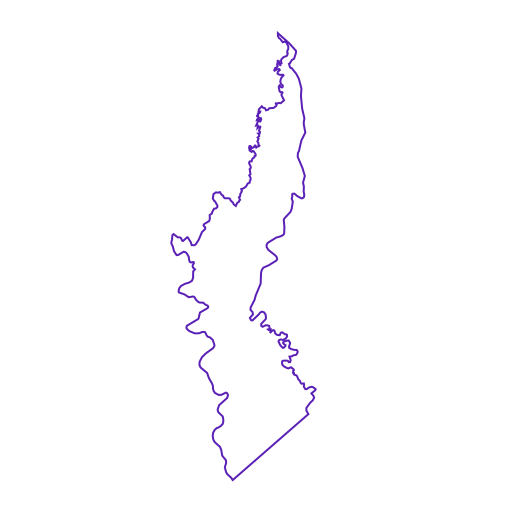 outline of Maraã, Amazonas, Brazil, rotated 229°
{"feature_id": "56859067B97723118399656", "entity_name": "Maraã", "entity_type": "district", "adm_level": 2, "iso_a3": "BRA", "parent_name": "Brazil", "parent_adm1": "Amazonas", "projection": "orthographic", "projection_center": [-64.765, -2.613], "detail": "fine", "context": "isolated", "style": "outline", "palette": "violet", "viewbox_px": 512, "rotation_deg": 229, "n_neighbors": 0, "source": "geoboundaries", "source_scale": "gbopen_adm2", "svg_char_len": 6158}
<svg xmlns="http://www.w3.org/2000/svg" viewBox="0 0 512 512"><g transform="rotate(229 256 256)"><path d="M284.4,345.4L291.7,348.7L303.6,352.6L306.3,355.3L307.1,357.4L313.4,366.0L316.8,374.2L323.8,378.3L325.7,379.9L328.2,382.9L336.9,387.5L347.3,394.9L352.5,400.1L361.6,404.6L367.0,405.9L374.4,406.2L375.3,405.5L376.4,405.6L379.4,406.9L379.2,408.1L380.4,411.6L379.9,414.2L383.0,419.3L384.7,420.8L395.0,420.6L409.8,418.7L407.6,416.9L405.7,416.3L404.1,416.7L399.8,416.4L399.1,418.2L397.4,419.0L393.2,418.0L391.1,416.2L390.2,414.0L388.8,412.9L388.2,413.0L387.0,411.2L386.9,410.2L388.0,407.4L387.8,404.3L386.9,402.9L384.8,401.7L385.4,400.9L384.1,399.7L384.7,399.3L386.9,399.7L387.8,401.1L389.0,400.4L387.5,398.9L386.6,397.4L385.0,396.9L384.7,395.9L385.3,394.0L384.2,391.6L383.6,391.6L383.3,394.1L381.9,396.1L380.8,396.0L380.6,393.2L379.5,391.9L378.7,392.0L376.8,393.1L375.1,395.3L374.6,395.4L374.2,395.2L374.0,392.5L373.3,390.8L371.7,388.8L369.5,387.7L367.1,388.1L366.1,387.1L366.1,386.3L366.9,385.7L369.3,385.6L369.0,384.5L368.3,383.8L364.9,381.9L363.5,382.0L362.4,383.3L361.9,383.2L361.2,381.3L360.5,380.7L355.1,379.3L355.1,374.9L356.5,373.7L357.2,372.1L358.2,371.1L357.9,370.8L356.6,370.7L356.0,369.8L356.2,366.5L358.8,362.9L358.5,361.1L359.3,359.2L361.8,359.7L363.3,358.6L365.2,358.6L364.8,354.4L363.2,352.5L362.2,354.0L361.9,353.7L361.6,352.0L362.0,350.6L360.7,349.8L361.1,348.8L360.6,348.5L359.1,349.0L358.6,348.8L358.2,347.9L358.4,346.4L358.0,345.8L356.9,348.1L357.3,349.6L356.8,350.1L355.7,349.6L354.7,347.5L356.2,346.3L356.3,345.8L354.4,341.8L353.9,343.0L353.4,343.1L351.6,341.1L351.7,342.8L351.0,344.0L350.6,344.0L348.5,340.4L347.2,340.5L346.1,339.3L347.0,338.0L345.9,338.0L344.4,337.1L344.4,335.0L342.7,334.8L341.6,332.2L339.9,332.0L338.3,330.9L337.0,330.9L336.9,330.2L337.7,328.7L337.7,327.3L339.8,328.0L340.1,327.6L339.5,325.7L340.2,323.6L340.9,322.8L341.6,324.0L342.5,324.0L343.2,323.3L342.8,322.4L341.7,321.5L340.0,322.6L339.8,321.8L340.7,321.0L339.8,320.4L337.4,321.0L337.5,322.3L336.6,323.0L332.8,322.4L332.0,321.5L332.4,320.5L331.6,319.6L331.8,317.1L330.3,314.7L331.5,313.4L331.2,312.3L330.2,311.5L327.3,310.8L326.3,310.2L325.7,309.3L325.7,308.2L321.4,305.5L321.3,303.8L318.8,303.3L317.1,302.0L316.6,300.4L315.5,299.4L316.1,297.3L314.9,293.7L315.4,290.4L316.2,288.8L314.3,288.0L314.3,287.4L313.6,286.7L313.2,284.9L311.5,283.2L311.5,281.6L308.8,280.8L308.9,279.8L308.1,278.8L308.4,276.7L307.0,273.6L309.6,273.1L311.4,273.6L314.5,273.3L316.2,273.9L317.5,273.3L320.0,270.4L321.7,270.1L323.0,270.8L324.8,270.2L327.9,270.7L328.7,268.9L330.3,267.5L330.6,264.5L327.7,261.1L325.1,260.6L324.2,260.9L319.5,260.0L318.3,259.0L318.2,257.1L319.2,255.3L317.8,251.6L317.0,250.5L317.3,247.9L314.4,245.6L313.1,243.6L314.1,237.8L313.6,236.5L312.5,236.2L311.3,236.5L310.3,236.1L309.7,235.0L309.5,230.9L305.9,223.6L304.3,218.1L304.6,216.5L306.4,214.6L309.1,215.8L314.9,216.7L315.3,216.4L315.2,210.8L316.1,210.3L318.3,211.1L319.7,210.9L321.7,209.1L326.6,208.2L326.6,206.6L323.4,203.3L322.0,201.2L321.0,200.4L317.4,199.3L313.5,197.3L308.8,196.6L307.8,198.1L306.7,204.1L305.5,205.1L303.7,205.5L299.8,204.8L296.0,202.5L294.8,202.2L293.8,202.7L292.4,204.9L291.4,204.5L290.5,202.1L289.6,201.3L288.5,200.9L286.0,201.2L285.6,198.5L280.8,194.2L279.3,191.4L279.8,188.2L281.6,184.2L282.6,179.7L282.0,176.9L280.3,174.5L279.1,173.9L274.0,176.8L269.0,178.2L266.8,181.9L265.5,182.6L262.1,182.0L259.2,182.3L258.0,182.8L255.3,185.6L252.8,185.8L250.4,186.9L249.3,186.9L248.5,185.9L248.5,184.7L250.1,176.6L246.6,171.8L246.4,170.8L248.7,158.0L247.4,156.3L246.3,156.0L243.4,156.3L238.2,158.8L237.0,159.9L234.9,162.6L234.0,165.4L232.7,167.1L231.8,167.6L228.1,166.6L226.7,166.7L224.6,167.9L221.0,168.3L216.2,166.3L215.3,165.4L214.6,163.2L215.4,154.2L215.1,148.9L213.2,144.1L211.0,141.9L208.3,141.0L199.8,142.4L194.6,140.3L188.7,139.2L186.0,138.1L184.3,136.6L182.0,135.5L179.5,135.2L175.6,136.7L173.9,138.9L172.7,143.6L171.6,144.1L170.3,144.0L169.2,143.4L167.8,141.1L167.6,130.3L165.2,126.2L162.9,125.1L156.7,125.6L153.8,123.9L151.8,121.9L151.1,120.7L150.8,117.7L151.3,114.8L151.9,113.6L151.9,111.0L150.8,107.8L148.8,105.4L145.5,103.4L143.7,102.9L141.9,102.8L135.5,103.6L132.2,102.4L127.4,99.5L121.6,99.3L119.4,97.7L117.0,93.9L112.9,91.8L110.4,91.2L104.9,91.8L102.2,91.4L102.3,191.8L106.3,192.6L108.3,194.4L109.7,200.6L109.8,204.0L110.9,206.9L112.7,207.6L116.0,207.7L115.8,212.0L116.1,213.4L116.6,213.7L119.7,212.9L120.9,212.1L121.9,210.0L122.4,206.6L123.2,205.9L126.1,206.4L127.2,207.8L128.5,208.5L129.7,206.6L131.2,206.5L133.0,207.2L135.0,207.0L138.5,208.2L139.5,208.1L141.4,207.0L142.7,207.8L143.0,207.2L143.5,207.3L145.0,208.8L145.0,209.7L146.1,210.0L149.1,209.4L149.8,206.9L151.0,205.9L154.7,204.6L156.9,204.6L159.1,206.3L159.4,207.1L159.1,207.9L156.7,210.8L155.4,211.3L154.2,211.2L153.6,212.1L154.6,213.8L158.1,215.3L156.8,217.2L156.6,218.8L155.2,221.2L155.2,222.4L156.2,224.5L157.5,225.1L158.6,224.9L159.9,223.4L162.8,221.4L165.0,220.8L166.1,221.7L167.9,224.7L170.6,225.2L171.2,224.9L173.0,221.2L173.1,220.0L172.6,219.4L171.7,219.2L169.4,219.8L168.7,218.8L168.6,216.5L169.2,215.9L172.7,215.8L176.7,216.9L177.4,218.2L176.9,219.8L175.0,221.3L174.2,224.1L174.8,226.6L176.1,227.6L176.8,227.6L177.9,226.5L181.2,225.7L181.8,224.3L180.7,221.9L182.7,220.1L184.8,219.7L187.8,221.0L188.4,220.7L189.0,219.7L188.8,216.9L189.3,216.9L191.0,218.9L191.9,217.0L192.7,216.9L192.2,218.1L192.6,218.9L194.6,220.1L196.1,219.2L197.4,217.8L198.2,214.6L199.7,214.1L201.3,215.3L202.0,221.7L202.5,222.8L205.7,224.9L208.2,225.1L210.1,224.0L210.6,221.9L210.1,219.8L209.7,211.2L210.1,210.5L210.9,210.2L213.3,210.8L213.9,215.3L214.3,215.7L216.0,216.6L219.0,216.5L220.7,218.2L223.8,226.0L226.4,229.9L232.1,241.4L240.0,248.8L241.6,251.1L242.4,253.9L240.6,259.7L239.2,268.4L239.8,270.0L241.7,270.9L243.7,271.0L252.6,269.3L255.8,269.9L257.3,271.1L258.1,272.8L258.1,274.4L256.6,283.4L254.6,287.7L254.0,290.6L254.5,292.0L259.3,296.5L264.9,300.5L265.7,301.9L266.7,311.1L268.3,314.0L272.9,319.5L275.8,320.5L277.0,322.3L278.8,323.8L279.0,324.4L277.8,325.9L274.0,326.5L269.7,328.1L269.0,329.2L269.0,330.7L270.1,332.3L273.4,334.3L277.0,337.7L280.5,339.6L284.4,345.4Z" fill="none" stroke="#5b21b6" stroke-width="2"/></g></svg>